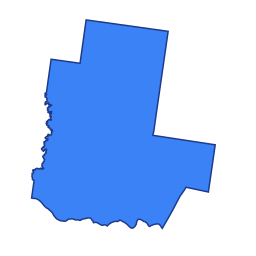 Nuku District, Sandaun, Papua New Guinea, rotated 188°
{"feature_id": "67681753B13324685837362", "entity_name": "Nuku District", "entity_type": "district", "adm_level": 2, "iso_a3": "PNG", "parent_name": "Papua New Guinea", "parent_adm1": "Sandaun", "projection": "albers", "projection_center": [142.54, -3.723], "detail": "fine", "context": "isolated", "style": "filled", "palette": "blue", "viewbox_px": 256, "rotation_deg": 188, "n_neighbors": 0, "source": "geoboundaries", "source_scale": "gbopen_adm2", "svg_char_len": 4723}
<svg xmlns="http://www.w3.org/2000/svg" viewBox="0 0 256 256"><g transform="rotate(188 128 128)"><path d="M39.3,123.5L102.3,124.2L102.3,125.5L102.1,127.2L102.0,128.1L102.0,128.3L102.0,142.8L101.7,229.3L184.5,229.2L184.5,185.4L213.7,185.4L213.7,161.4L213.7,152.3L213.8,152.0L213.9,151.5L214.1,151.2L214.6,151.1L214.9,150.8L215.0,150.1L214.8,150.0L214.6,150.0L214.1,150.5L213.8,150.5L213.2,150.1L213.2,149.7L213.7,149.1L214.7,148.3L214.4,147.8L214.2,147.1L213.4,147.3L213.2,147.1L213.0,146.6L212.4,146.1L212.3,144.7L211.9,144.2L211.9,143.4L212.2,142.9L213.0,142.7L213.3,142.3L213.5,142.0L213.6,141.1L213.4,140.7L212.9,140.7L213.4,140.1L213.4,139.6L212.9,139.5L212.7,139.7L212.4,140.3L211.9,140.8L210.9,141.1L210.6,141.4L210.6,141.9L210.4,142.1L209.9,141.7L210.1,140.6L210.0,140.4L209.6,140.3L208.8,140.3L207.7,140.4L207.1,140.2L206.8,140.0L207.0,139.6L207.5,139.5L208.0,138.8L208.6,139.0L209.1,139.0L209.3,138.7L208.6,138.1L208.8,137.8L209.6,137.8L209.7,137.7L209.8,137.5L210.6,136.7L210.5,136.4L209.9,136.0L209.9,135.3L210.3,134.9L210.2,134.4L209.8,134.3L209.3,133.6L209.5,132.5L209.2,132.3L208.4,132.3L208.2,132.5L208.1,133.1L207.9,133.3L207.0,133.2L206.1,133.6L205.8,133.5L205.8,133.3L206.3,132.5L205.9,132.0L205.9,131.6L206.2,131.2L206.4,131.2L206.7,131.7L207.1,132.2L207.3,132.2L207.8,131.5L207.8,131.4L206.9,130.3L206.9,128.5L206.7,128.4L206.2,129.0L205.8,129.0L205.7,128.7L205.6,128.4L206.1,126.9L206.0,126.2L205.1,125.6L205.0,125.4L205.2,125.1L205.6,125.2L206.4,125.0L207.3,125.5L207.6,125.2L208.7,123.9L208.7,123.6L208.5,123.4L208.6,123.1L208.8,123.0L209.5,122.9L209.5,122.4L208.9,122.4L208.5,122.1L208.6,121.9L209.6,120.9L208.8,120.1L208.8,119.5L206.8,119.3L206.7,118.7L207.3,118.1L207.3,117.8L206.6,117.8L206.3,117.5L206.2,117.1L205.4,117.1L205.2,116.9L204.7,115.8L204.4,115.4L203.6,116.1L203.3,116.0L202.8,115.5L202.3,114.5L202.4,114.3L203.0,114.5L203.2,114.4L203.3,114.2L202.8,113.5L202.8,113.3L203.2,112.7L203.2,112.2L202.9,111.9L202.8,110.9L203.1,110.6L203.7,110.3L204.6,109.6L204.8,109.6L205.1,109.9L205.1,110.4L205.6,110.7L206.1,110.6L206.4,110.3L206.5,109.5L206.2,108.8L206.2,108.3L207.2,108.4L207.5,108.3L208.6,106.9L208.6,106.5L208.2,106.1L206.8,105.8L206.0,106.0L205.8,106.0L205.7,105.3L205.8,105.0L206.6,104.2L206.9,104.1L207.5,104.3L207.8,104.0L208.0,102.9L208.9,102.8L209.2,102.6L209.2,101.8L209.0,101.2L208.4,100.7L208.7,99.9L208.5,99.4L208.1,98.9L208.2,98.1L208.5,97.6L209.2,97.7L209.2,97.1L209.7,96.9L210.2,96.2L210.4,96.1L210.7,95.6L210.7,95.3L210.3,94.5L209.5,94.3L209.1,93.9L208.9,93.3L208.4,93.2L208.2,93.7L207.5,94.4L207.5,95.1L207.1,95.1L206.9,94.9L206.4,95.2L206.5,95.5L206.2,95.7L205.7,95.5L205.6,94.7L205.8,93.6L206.1,93.1L206.2,92.5L205.6,92.0L207.2,90.2L207.4,89.8L207.0,89.2L208.2,88.4L208.4,88.3L208.2,87.6L207.9,86.9L207.2,86.3L207.0,85.8L206.7,85.8L206.2,85.4L206.2,85.0L206.5,84.4L206.4,83.2L207.3,82.4L207.3,81.3L208.1,80.7L208.1,80.4L207.9,80.1L207.9,79.5L208.1,79.2L207.7,78.3L207.8,77.6L207.1,77.3L206.9,77.1L206.8,76.5L206.0,76.5L205.9,76.3L206.0,76.0L207.3,75.9L207.5,75.6L207.4,75.2L207.6,75.1L207.8,75.1L207.9,75.3L208.5,75.5L208.9,76.0L209.2,76.0L209.9,75.2L210.4,75.1L211.1,75.3L212.0,75.2L212.4,75.4L212.9,75.3L213.2,74.7L213.4,74.6L213.9,74.6L214.4,74.1L214.3,73.5L215.9,73.5L216.3,73.2L216.4,72.2L215.7,72.0L215.5,71.8L215.3,70.5L215.6,70.1L216.4,70.0L216.7,69.7L216.3,68.1L216.5,67.1L215.8,65.4L215.6,64.8L215.5,63.7L215.2,63.5L214.4,63.3L213.7,63.0L213.7,45.2L213.1,45.3L212.4,45.1L211.0,45.2L209.7,45.3L208.5,45.1L207.2,44.6L206.2,44.2L203.3,42.3L201.0,40.1L199.6,38.8L198.3,38.0L197.1,37.3L195.9,36.9L194.2,35.7L191.8,34.1L190.7,33.0L190.0,32.0L189.2,30.9L187.9,29.7L186.2,28.2L185.1,27.8L183.2,27.1L181.3,26.7L180.1,26.9L178.7,26.8L176.8,27.1L175.5,28.1L174.5,29.3L172.3,29.9L170.3,30.3L168.8,30.0L167.0,29.6L165.8,30.1L163.5,29.9L162.8,29.8L161.8,30.2L161.2,31.0L160.3,31.5L158.4,32.0L157.7,32.3L157.2,32.6L154.7,33.5L152.3,33.5L151.6,32.6L150.6,31.5L149.6,31.0L149.4,30.0L148.8,29.4L147.5,30.0L145.9,30.1L144.0,29.4L142.4,28.7L140.7,28.1L139.4,28.2L138.7,28.5L138.0,28.9L136.5,28.8L134.9,28.1L134.8,28.3L134.6,28.6L133.2,30.4L132.2,31.1L131.4,32.0L129.7,32.9L128.2,33.7L127.3,33.8L125.4,34.0L124.3,34.5L123.8,35.4L123.3,35.8L122.7,35.6L122.0,35.4L120.3,34.6L118.4,34.1L117.0,33.3L115.9,32.8L114.4,31.6L112.2,30.0L111.0,29.4L109.4,29.5L108.1,30.7L107.3,31.8L106.9,32.8L106.4,34.0L106.4,35.4L106.2,37.1L105.9,38.1L105.4,38.8L104.2,39.2L102.7,39.1L100.9,38.5L100.2,38.0L99.1,37.6L97.9,37.6L96.3,36.6L95.4,35.7L93.9,34.0L93.4,33.6L92.9,33.5L91.1,34.9L89.3,35.9L87.8,36.5L85.8,37.1L84.3,37.2L83.0,36.5L81.9,35.4L80.5,33.7L80.1,33.4L76.1,43.3L72.4,52.7L67.1,67.5L63.4,74.7L62.3,77.4L39.5,75.8L39.3,123.5Z" fill="#3b82f6" stroke="#1e3a8a" stroke-width="1.5"/></g></svg>